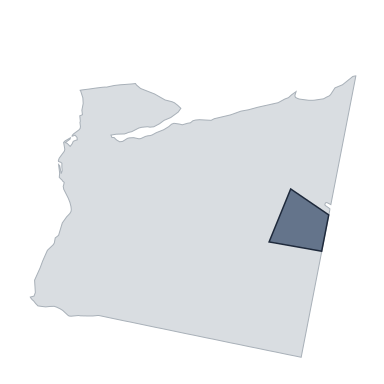 Paris Paris, Al Wadi at Jadid, Egypt shown in context, rotated 281°
{"feature_id": "37247803B13722182372819", "entity_name": "Paris Paris", "entity_type": "district", "adm_level": 2, "iso_a3": "EGY", "parent_name": "Egypt", "parent_adm1": "Al Wadi at Jadid", "projection": "natural_earth1", "projection_center": [30.442, 22.93], "detail": "fine", "context": "in_parent", "style": "filled", "palette": "slate", "viewbox_px": 384, "rotation_deg": 281, "n_neighbors": 0, "source": "geoboundaries", "source_scale": "gbopen_adm2", "svg_char_len": 3171}
<svg xmlns="http://www.w3.org/2000/svg" viewBox="0 0 384 384"><g transform="rotate(281 192 192)"><path d="M337.2,330.7L329.2,330.7L321.3,330.7L313.4,330.7L305.5,330.7L297.6,330.7L289.7,330.7L281.8,330.7L273.9,330.7L266.0,330.7L258.1,330.7L250.2,330.7L242.3,330.7L234.4,330.7L226.5,330.7L218.6,330.7L210.6,330.7L206.1,330.7L206.9,328.1L207.4,326.3L206.8,325.1L205.3,324.8L204.3,325.2L201.9,330.5L200.7,330.7L197.9,330.7L188.7,330.7L179.5,330.7L170.3,330.7L161.1,330.7L151.9,330.7L142.7,330.7L133.5,330.7L124.2,330.7L115.0,330.7L105.8,330.7L96.6,330.7L87.4,330.7L78.2,330.7L69.0,330.7L59.8,330.7L50.6,330.7L50.7,324.3L50.7,317.8L50.8,311.4L50.9,304.9L50.9,298.5L51.0,292.0L51.1,285.6L51.1,279.1L51.2,272.7L51.3,266.2L51.3,259.8L51.4,253.4L51.5,246.9L51.6,240.5L51.6,234.0L51.7,227.6L51.8,221.1L51.8,214.7L51.9,208.2L52.0,201.8L52.1,195.3L52.2,188.9L52.2,182.4L52.3,175.9L52.4,169.5L52.5,163.0L52.6,156.6L52.6,150.1L52.7,143.7L52.8,137.2L52.9,130.8L53.0,124.3L52.8,123.1L51.5,118.7L50.4,113.2L49.2,106.3L49.1,104.1L47.0,97.0L46.8,95.0L47.4,93.6L51.1,87.7L52.2,84.8L53.1,81.3L53.5,78.5L52.5,74.2L51.3,70.3L51.0,66.4L50.8,62.5L52.7,59.8L54.9,57.3L55.7,55.8L57.1,54.1L58.0,53.3L59.7,56.8L63.4,57.4L75.4,54.3L88.6,57.4L95.9,58.6L107.2,61.2L114.0,66.0L115.9,66.6L120.8,66.5L124.0,69.3L136.9,70.6L143.7,73.7L147.6,76.2L150.0,77.0L152.0,76.8L154.8,75.9L158.4,74.2L162.2,71.8L170.2,65.6L173.0,64.5L174.8,64.7L177.1,64.7L178.0,63.0L179.2,61.8L179.9,60.5L181.1,58.9L185.2,58.5L193.5,55.8L192.6,57.1L185.1,60.1L188.3,60.5L191.6,59.5L195.4,58.8L196.1,57.5L196.5,55.1L197.3,54.8L199.9,55.2L207.7,58.9L209.6,59.0L215.0,57.0L216.2,56.5L218.0,57.7L222.0,62.3L220.6,62.2L216.3,58.2L215.9,60.2L213.5,63.7L216.5,65.2L219.1,65.8L220.4,67.7L221.3,69.4L223.7,68.7L225.5,66.3L224.6,65.0L223.9,63.7L224.7,63.6L226.5,64.7L231.4,69.2L233.1,70.1L235.0,70.0L239.0,68.7L240.1,68.9L245.4,67.3L246.1,68.5L247.0,69.7L251.3,68.3L258.1,68.3L263.6,66.9L270.0,63.4L270.5,62.8L270.9,63.7L271.7,66.1L273.7,72.2L275.4,77.0L277.6,83.7L278.3,86.2L278.6,88.0L281.7,95.3L283.6,101.3L284.9,106.2L286.9,113.4L287.7,115.8L286.4,117.1L283.8,121.8L281.1,136.5L277.2,148.0L276.8,155.2L276.2,157.8L274.3,161.5L272.0,165.1L267.8,163.2L261.0,156.9L257.0,150.9L252.8,147.1L248.7,142.0L247.6,138.3L247.6,135.9L245.9,130.2L244.6,127.5L239.7,121.3L238.3,118.1L237.2,116.6L236.1,114.6L234.3,106.6L232.4,101.6L230.2,103.0L230.6,105.1L228.7,108.0L227.5,111.4L228.4,114.2L232.4,118.5L233.2,120.3L234.2,124.3L234.1,129.8L234.7,131.6L237.7,135.7L238.8,138.1L239.4,140.2L240.4,142.0L243.4,145.6L247.7,152.3L251.8,156.8L254.7,159.0L256.0,161.2L256.3,166.9L256.1,169.6L258.7,174.7L259.6,177.2L262.1,179.3L263.3,181.7L264.4,185.6L266.0,197.1L268.2,199.9L275.0,215.0L280.7,224.6L283.5,231.8L287.8,240.5L296.1,259.5L301.0,265.4L303.0,268.7L306.5,271.3L310.4,275.0L306.7,274.6L305.8,274.8L304.6,275.5L304.0,277.7L303.7,279.5L304.3,289.2L305.3,294.1L308.6,303.4L311.0,306.2L312.2,308.0L313.9,309.4L321.5,312.5L326.0,319.3L336.1,327.8L337.1,330.1L337.2,330.7Z" fill="#d9dde1" stroke="#a8b0b8" stroke-width="1"/><path d="M158.6,330.6L195.6,330.6L213.8,288.3L157.7,277.2L158.6,330.6Z" fill="#64748b" stroke="#1e293b" stroke-width="1.5"/></g></svg>